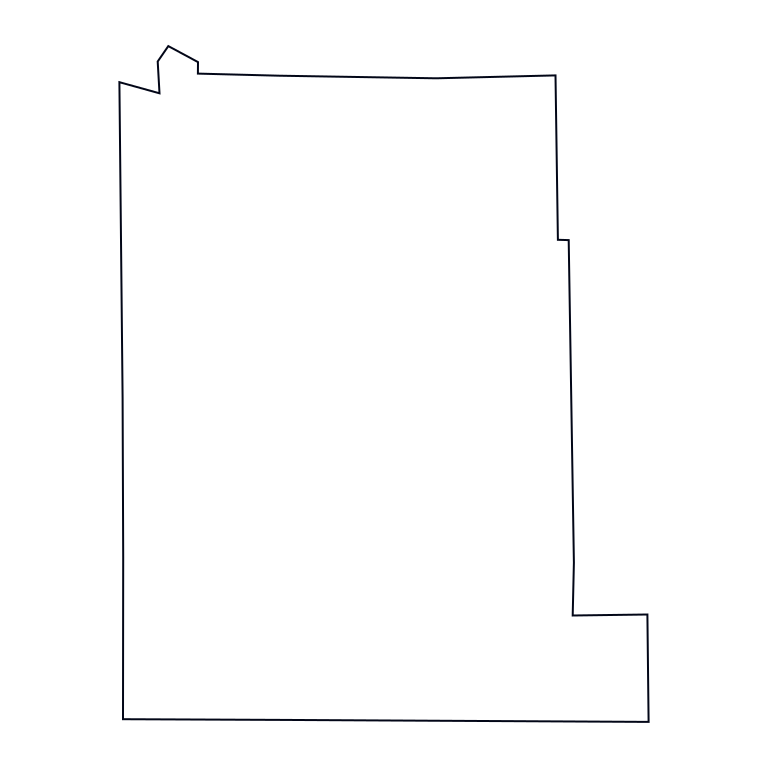 Monroe, Indiana, United States of America
{"feature_id": "52423323B82693646603832", "entity_name": "Monroe", "entity_type": "district", "adm_level": 2, "iso_a3": "USA", "parent_name": "United States of America", "parent_adm1": "Indiana", "projection": "albers", "projection_center": [-86.52, 39.173], "detail": "fine", "context": "isolated", "style": "outline", "palette": "ink", "viewbox_px": 768, "rotation_deg": 0, "n_neighbors": 0, "source": "geoboundaries", "source_scale": "gbopen_adm2", "svg_char_len": 358}
<svg xmlns="http://www.w3.org/2000/svg" viewBox="0 0 768 768"><path d="M647.4,614.5L572.7,615.5L573.9,562.7L568.7,240.1L557.9,239.8L555.5,75.4L436.2,78.3L279.0,75.7L197.9,73.6L198.0,62.1L168.3,46.1L157.7,61.5L159.5,93.3L119.4,82.2L122.6,397.9L123.2,557.1L123.0,719.2L279.7,719.9L648.6,721.9L647.4,614.5Z" fill="none" stroke="#020617" stroke-width="2"/></svg>